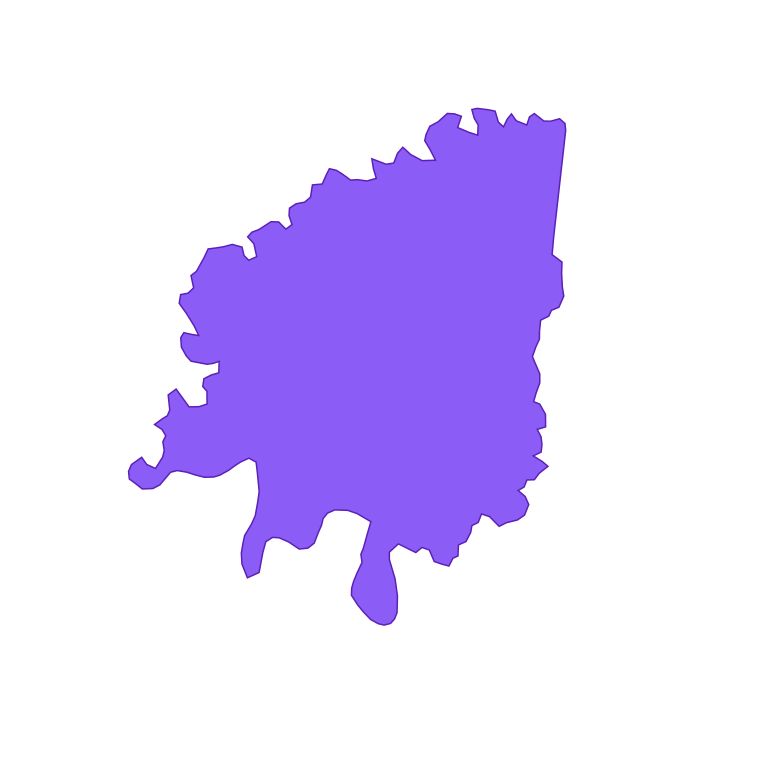 the district of Borrazópolis, Paraná, Brazil, rotated 336°
{"feature_id": "56859067B75650491699958", "entity_name": "Borrazópolis", "entity_type": "district", "adm_level": 2, "iso_a3": "BRA", "parent_name": "Brazil", "parent_adm1": "Paraná", "projection": "natural_earth1", "projection_center": [-51.611, -23.953], "detail": "fine", "context": "isolated", "style": "filled", "palette": "violet", "viewbox_px": 768, "rotation_deg": 336, "n_neighbors": 0, "source": "geoboundaries", "source_scale": "gbopen_adm2", "svg_char_len": 2967}
<svg xmlns="http://www.w3.org/2000/svg" viewBox="0 0 768 768"><g transform="rotate(336 384 384)"><path d="M558.2,165.8L551.9,162.6L540.0,166.5L530.7,167.2L523.8,173.3L520.2,178.3L521.4,188.4L522.1,200.5L509.7,195.5L501.7,185.2L497.5,175.4L490.2,178.7L482.8,186.1L475.3,184.1L464.5,173.3L461.9,183.1L460.6,193.0L451.0,191.6L443.0,186.6L436.4,184.1L431.5,175.5L427.4,169.4L421.7,165.1L416.4,169.4L408.9,176.2L399.6,173.0L392.9,183.4L385.4,185.6L377.0,183.6L369.2,184.9L365.7,191.6L364.8,200.9L357.3,202.6L353.7,193.1L346.8,189.8L332.5,192.0L325.0,191.6L319.3,194.1L322.2,203.0L319.5,215.9L310.7,215.9L308.4,209.6L310.0,201.2L302.2,194.8L293.5,193.4L286.6,191.6L278.3,189.1L270.7,195.6L258.5,204.8L251.8,206.4L249.2,218.8L241.7,221.3L234.6,219.6L229.7,227.0L232.1,238.6L234.2,253.6L234.5,264.3L228.9,260.8L222.0,255.7L217.2,259.0L213.9,267.9L214.8,278.0L217.0,284.7L230.4,294.0L236.0,295.6L242.6,296.3L237.6,306.6L230.0,305.5L221.6,305.9L217.4,312.6L219.3,318.7L214.2,330.3L205.9,329.5L196.6,325.6L192.0,304.1L182.4,306.2L177.7,320.6L173.2,324.9L167.5,325.6L157.9,327.7L162.7,335.2L163.6,342.5L158.5,346.8L156.2,355.3L152.0,360.8L140.9,368.2L134.5,361.0L132.8,352.4L120.5,354.9L115.1,359.9L112.7,367.2L116.5,373.9L120.5,381.6L130.4,385.5L138.2,385.0L153.1,377.8L159.9,379.0L167.9,384.3L174.8,390.5L182.1,396.2L190.6,399.7L196.8,400.5L206.7,399.7L214.5,398.0L221.4,396.9L230.4,396.8L235.4,403.3L232.5,412.7L226.2,431.5L220.8,440.2L212.8,452.0L205.8,458.2L195.1,465.7L190.9,471.4L184.9,480.4L181.0,490.7L180.4,505.5L193.2,505.4L204.9,488.5L211.9,480.0L219.7,478.8L225.6,481.8L232.7,489.6L239.4,500.3L247.7,503.0L255.5,501.0L264.5,492.1L269.3,487.8L273.6,482.2L279.8,479.0L287.9,479.0L299.5,484.7L306.7,491.4L316.0,504.4L307.6,514.4L298.1,525.9L293.6,530.2L291.4,538.0L282.2,546.0L275.9,552.0L271.4,557.4L268.3,563.8L270.2,575.7L272.6,584.2L276.1,593.9L281.3,600.7L286.1,604.3L292.6,605.4L298.1,602.9L302.9,598.2L310.1,583.1L314.9,566.4L317.5,546.5L320.5,539.8L332.1,535.9L344.5,550.9L352.2,548.8L357.9,554.1L357.7,566.6L363.6,572.1L369.3,576.7L376.1,571.2L381.6,571.2L386.6,561.3L394.8,561.3L402.8,554.9L406.7,549.1L413.7,548.8L420.2,542.4L426.5,548.1L431.3,560.9L439.5,560.5L450.6,562.5L459.1,560.9L467.2,553.0L467.2,544.2L463.2,535.8L470.1,535.1L475.5,529.8L482.4,532.6L489.4,528.7L500.3,525.9L497.1,519.3L491.1,510.4L499.9,510.1L503.7,503.5L506.0,496.1L505.5,487.8L514.2,488.9L519.2,477.4L518.1,465.7L513.5,461.0L519.3,454.1L526.8,446.3L530.4,438.1L530.7,419.4L538.1,411.6L544.2,406.3L547.7,398.7L553.1,389.4L562.2,389.0L566.9,384.8L575.0,385.0L584.0,376.8L586.3,368.2L591.2,355.3L596.2,345.0L590.2,334.2L599.2,318.0L653.1,226.3L655.3,219.6L652.3,213.1L643.1,211.7L637.0,208.8L631.3,198.1L625.6,199.1L619.8,205.5L611.9,197.3L610.3,189.1L604.1,192.3L597.8,197.7L595.0,191.2L596.5,179.9L590.2,175.5L581.2,170.1L575.9,169.0L574.5,177.9L575.4,185.6L570.8,194.8L564.0,188.7L555.6,179.7L563.6,170.9L558.2,165.8Z" fill="#8b5cf6" stroke="#5b21b6" stroke-width="1.5"/></g></svg>